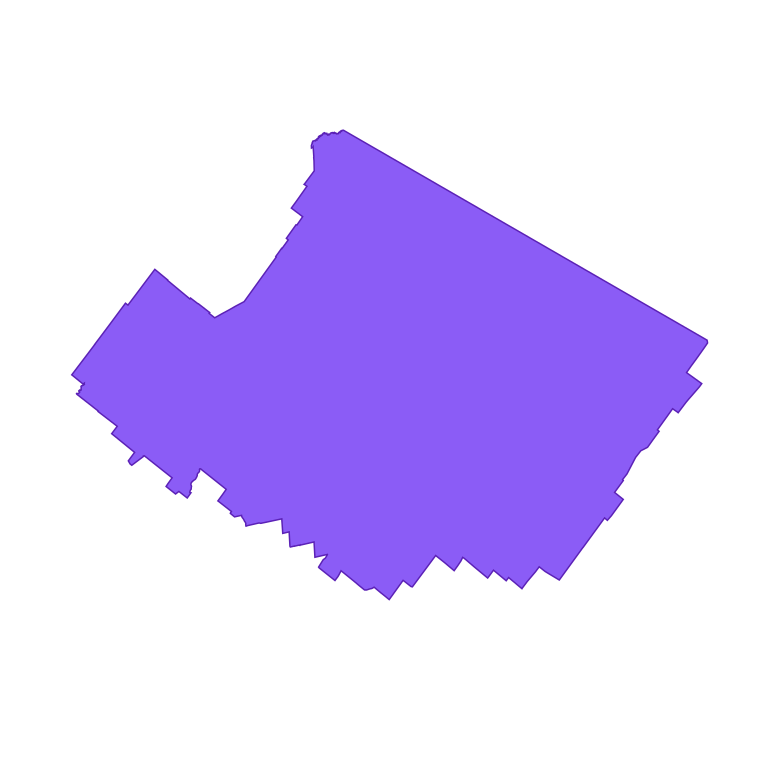 outline of Balonne, Queensland, Australia, rotated 210°
{"feature_id": "25037944B99375808826492", "entity_name": "Balonne", "entity_type": "district", "adm_level": 2, "iso_a3": "AUS", "parent_name": "Australia", "parent_adm1": "Queensland", "projection": "equal_earth", "projection_center": [148.683, -28.285], "detail": "fine", "context": "isolated", "style": "filled", "palette": "violet", "viewbox_px": 768, "rotation_deg": 210, "n_neighbors": 0, "source": "geoboundaries", "source_scale": "gbopen_adm2", "svg_char_len": 5739}
<svg xmlns="http://www.w3.org/2000/svg" viewBox="0 0 768 768"><g transform="rotate(210 384 384)"><path d="M126.3,583.5L546.0,583.5L546.2,583.2L546.6,583.1L546.8,582.8L547.1,582.7L547.3,582.3L547.6,582.0L547.6,581.9L547.2,581.5L547.5,581.3L547.8,581.4L548.0,581.3L547.9,580.9L548.3,580.6L548.3,580.4L548.1,580.2L547.9,580.2L547.7,580.0L547.7,579.8L547.8,579.8L548.3,579.9L548.6,579.8L548.7,579.7L548.7,579.3L548.8,579.2L548.7,579.1L548.6,578.9L548.8,578.2L548.8,577.8L549.0,577.7L549.2,577.9L549.4,577.8L549.7,577.2L549.9,577.2L550.2,576.9L550.4,577.0L550.8,576.9L551.1,577.0L551.2,577.3L551.4,577.3L551.6,577.0L551.7,576.7L551.9,576.6L552.1,576.6L552.2,576.8L552.5,577.0L552.8,577.1L552.9,576.9L552.7,576.6L552.8,576.3L552.8,576.0L552.8,575.9L553.3,575.9L553.7,576.2L554.0,576.2L554.4,575.9L554.7,575.7L554.8,575.6L554.7,575.3L555.0,575.3L555.2,575.1L555.4,575.0L555.6,574.7L555.9,573.9L555.8,573.6L555.7,573.3L555.7,573.0L555.8,572.8L555.9,572.7L556.2,572.6L556.4,572.6L556.7,572.6L556.9,572.7L557.0,572.6L557.1,572.4L557.2,572.2L556.9,572.1L556.7,572.2L556.4,572.1L556.7,571.8L557.1,571.4L557.3,571.4L557.4,571.6L557.6,571.9L557.7,572.0L558.0,572.0L558.1,571.7L558.3,571.7L558.4,571.8L558.5,572.1L558.8,572.5L559.0,572.4L558.9,572.1L559.0,571.9L559.5,571.8L559.8,571.5L560.6,571.1L561.0,571.4L561.0,571.5L561.0,571.9L561.4,571.8L561.6,571.4L561.7,571.0L562.0,570.6L561.9,570.5L561.7,570.5L561.7,570.3L562.0,570.1L562.3,569.5L562.3,569.4L562.0,569.3L561.9,569.2L561.9,568.8L562.0,568.6L562.3,568.5L562.3,568.2L562.7,568.1L562.8,567.9L563.1,567.8L563.1,567.7L562.9,567.3L563.1,567.3L563.1,567.1L562.9,567.0L562.8,566.8L562.9,566.7L563.6,567.0L563.7,566.9L563.8,566.8L563.9,566.6L563.7,566.4L563.9,566.0L563.9,565.8L563.8,565.7L564.1,565.7L564.3,565.6L564.2,565.3L564.3,565.0L564.3,564.7L564.2,564.6L563.7,564.7L563.8,564.3L563.7,564.0L563.8,563.8L563.7,563.6L563.7,563.4L563.8,563.3L564.3,563.1L564.5,563.0L564.6,562.9L564.6,562.5L564.7,562.1L564.5,561.9L564.2,561.8L564.1,561.7L564.4,561.5L564.6,561.5L564.7,561.3L564.7,560.9L564.8,560.8L564.8,560.7L564.9,560.4L565.1,560.5L565.2,560.8L565.3,560.9L565.7,560.2L566.3,559.3L566.4,559.2L566.7,559.2L566.9,559.1L567.0,558.9L567.0,558.1L566.7,557.5L566.7,557.3L566.8,557.3L566.8,557.0L566.8,556.9L566.4,556.6L566.4,556.3L566.5,555.9L566.1,554.1L564.8,552.1L563.9,553.6L563.9,553.9L558.2,545.4L558.2,545.1L556.3,542.4L551.0,533.7L552.9,517.2L553.0,517.0L549.6,516.7L551.3,498.2L552.2,490.0L548.9,489.6L547.5,489.4L544.0,489.0L538.1,488.2L538.9,478.2L539.8,477.9L541.4,461.3L539.0,460.9L540.1,450.2L540.5,450.3L541.5,440.3L540.8,440.1L546.3,385.4L551.4,377.3L555.6,370.1L559.5,363.8L563.7,356.7L570.7,357.7L570.6,358.7L585.0,360.7L585.4,360.5L594.5,361.7L594.6,360.6L623.2,365.5L623.2,365.9L639.8,368.7L645.2,324.3L648.3,324.7L651.3,298.6L654.3,273.7L654.2,273.7L655.8,260.9L659.0,235.8L644.7,233.5L644.0,234.9L643.8,234.4L643.3,233.9L643.4,233.7L643.7,232.8L643.9,232.5L644.5,231.9L644.6,231.4L645.0,231.3L645.2,230.7L645.1,230.2L644.9,229.9L644.6,229.7L644.3,229.4L644.1,228.7L644.0,228.4L643.5,227.8L643.4,227.5L643.4,226.9L643.5,226.8L643.8,226.8L644.0,226.9L644.3,226.8L644.6,226.6L644.6,226.4L644.9,225.4L644.7,225.2L644.3,225.1L644.0,224.8L643.5,224.8L643.5,224.4L643.7,223.5L644.1,222.8L644.3,222.6L644.5,222.4L645.2,222.4L645.4,222.3L645.5,222.1L645.5,221.9L645.4,221.8L644.9,221.6L644.7,221.5L617.9,217.7L617.9,217.2L593.9,214.0L595.0,204.8L565.8,200.1L567.0,189.6L563.9,187.8L561.8,187.5L555.7,201.9L555.8,201.9L555.7,202.0L520.6,196.8L521.3,189.6L521.5,186.3L509.5,184.5L507.9,188.4L497.4,186.9L496.8,193.2L497.3,193.0L497.7,192.9L498.0,193.1L498.2,193.3L498.3,193.7L498.3,194.2L498.4,194.5L498.6,195.2L498.4,196.2L498.5,196.7L499.1,197.9L499.4,198.7L499.5,199.1L500.2,199.8L500.6,200.0L501.1,200.6L501.4,201.4L501.5,202.2L501.4,203.1L501.1,203.7L500.8,205.1L500.6,205.5L500.0,206.6L499.7,207.3L499.7,208.7L499.7,209.5L499.9,211.2L500.5,212.3L500.6,212.7L500.6,213.1L500.6,213.6L500.5,213.9L500.4,214.3L500.3,214.6L500.2,215.0L500.1,215.8L500.2,216.4L500.4,216.8L501.2,217.9L501.2,218.2L501.1,218.5L500.8,218.7L500.5,218.8L500.2,218.8L499.9,218.8L499.8,218.7L468.0,213.9L468.6,207.0L469.4,199.7L452.4,197.3L452.5,195.2L452.4,195.1L447.0,194.2L441.7,199.0L441.4,198.6L441.2,198.4L440.8,198.0L440.0,197.5L439.5,197.3L438.3,196.8L437.0,196.0L436.0,195.3L435.6,195.2L434.8,194.8L434.5,194.6L433.8,193.9L433.4,193.0L432.8,192.3L432.7,192.0L432.4,191.9L431.3,193.2L422.7,201.2L421.1,201.7L417.7,204.7L405.1,216.1L397.0,204.0L392.2,208.5L384.7,197.0L384.0,196.1L383.6,196.0L380.5,198.9L380.4,198.8L377.1,201.9L376.4,202.1L376.5,202.3L376.3,202.6L376.2,202.4L365.6,212.2L357.2,199.4L347.8,208.1L347.7,208.0L347.7,204.0L348.8,201.5L349.1,192.7L348.2,192.3L328.2,189.3L327.6,194.2L327.6,196.0L327.8,200.8L312.0,198.3L304.7,197.0L297.9,195.9L296.1,196.9L293.8,199.5L292.3,200.8L291.5,202.1L291.0,203.1L281.9,201.5L281.6,201.5L271.7,199.9L269.3,223.5L259.3,222.1L258.0,222.5L253.5,261.3L244.2,259.9L242.2,259.6L229.9,257.4L229.3,263.4L228.9,269.1L229.2,273.2L227.9,273.2L225.4,272.8L220.2,271.8L215.8,271.0L215.4,270.9L197.2,267.8L196.7,271.8L196.1,277.5L179.8,274.7L179.3,278.7L162.2,275.7L162.2,276.2L161.2,284.6L158.9,297.2L158.2,303.3L150.7,302.2L146.5,302.1L134.3,301.9L134.2,301.9L130.0,341.8L129.9,341.9L126.0,378.3L122.4,377.6L121.2,383.6L119.1,403.7L130.1,405.4L128.5,420.1L129.6,420.5L128.6,427.5L129.4,446.2L128.2,454.6L124.1,461.0L123.6,466.1L123.2,470.3L122.1,480.6L124.3,481.0L122.3,500.9L121.7,506.9L116.0,506.4L114.9,506.2L113.3,519.0L112.6,523.0L110.8,532.1L109.9,536.8L109.4,539.5L109.0,543.2L126.6,545.0L127.7,545.2L127.0,553.2L126.1,561.3L125.0,572.8L124.6,577.3L124.3,581.3L125.6,583.0L126.3,583.3L126.3,583.5Z" fill="#8b5cf6" stroke="#5b21b6" stroke-width="1.5"/></g></svg>